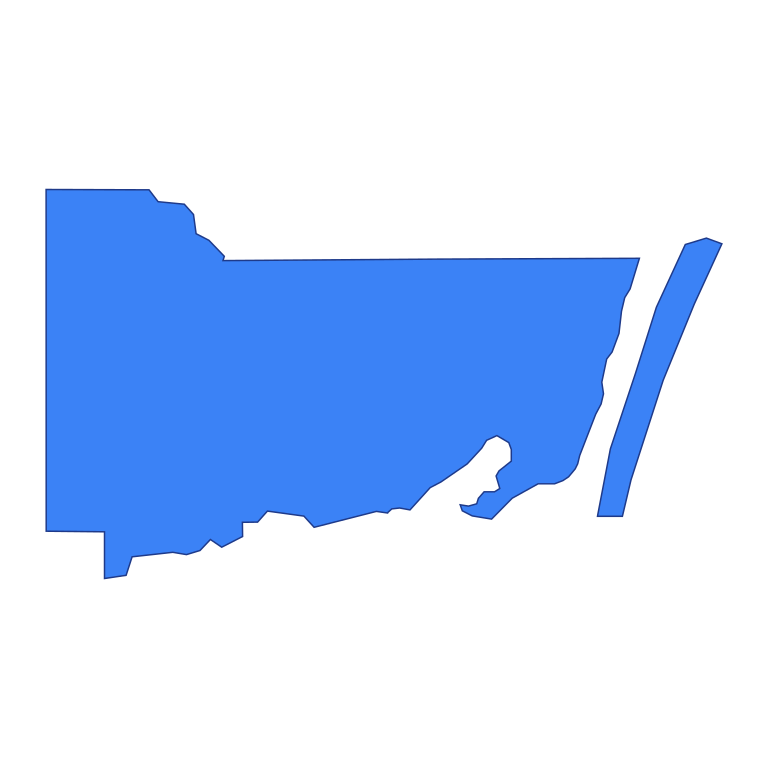 the district of Kleberg, United States of America
{"feature_id": "52423323B47433581718173", "entity_name": "Kleberg", "entity_type": "district", "adm_level": 2, "iso_a3": "USA", "parent_name": "United States of America", "parent_adm1": "", "projection": "orthographic", "projection_center": [-97.582, 27.423], "detail": "fine", "context": "isolated", "style": "filled", "palette": "blue", "viewbox_px": 768, "rotation_deg": 0, "n_neighbors": 0, "source": "geoboundaries", "source_scale": "gbopen_adm2", "svg_char_len": 1174}
<svg xmlns="http://www.w3.org/2000/svg" viewBox="0 0 768 768"><path d="M46.2,531.2L104.5,531.8L104.5,578.5L126.1,575.3L132.1,556.8L172.8,552.3L186.5,554.6L200.0,550.5L210.4,539.5L221.7,547.2L242.6,536.5L242.4,522.3L257.6,522.1L267.4,511.1L303.9,516.1L314.1,527.3L376.4,511.4L387.6,513.0L387.7,512.6L391.8,508.9L399.6,508.0L410.0,509.9L430.2,487.6L440.9,482.0L467.2,463.9L481.7,448.2L486.6,440.3L496.9,435.6L508.8,442.6L511.3,449.5L511.3,461.1L499.0,470.9L496.1,476.0L499.8,488.5L494.5,491.8L484.1,491.8L478.4,498.3L476.7,503.8L468.5,506.1L460.2,504.8L462.3,510.8L472.2,515.9L491.6,519.1L512.2,498.2L538.1,483.8L554.6,483.8L562.9,480.6L568.6,476.8L575.2,468.9L577.7,463.8L579.7,455.5L595.7,414.2L601.1,404.0L603.5,393.8L601.8,382.2L606.7,359.0L612.1,352.0L619.0,333.4L621.5,311.2L624.7,297.7L630.1,288.9L639.4,258.3L439.2,259.1L223.0,260.6L224.3,256.3L208.9,240.3L196.1,233.7L193.5,214.5L184.3,204.2L158.1,201.7L149.0,189.8L141.1,189.8L46.1,189.5L46.2,531.2ZM685.3,244.5L656.4,307.2L635.4,373.6L610.4,448.8L597.8,514.5L597.5,516.3L622.4,516.3L631.0,479.9L663.2,380.2L694.3,304.0L721.9,243.8L706.4,238.1L685.3,244.5Z" fill="#3b82f6" stroke="#1e3a8a" stroke-width="1.5"/></svg>